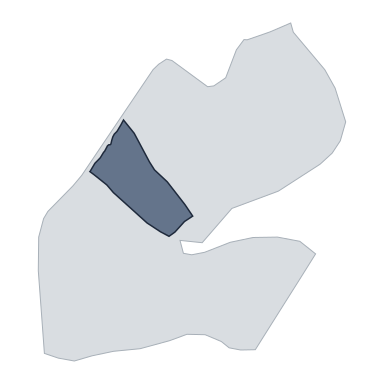 Balha, Tadjourah, Djibouti shown in context
{"feature_id": "41766387B97155389424645", "entity_name": "Balha", "entity_type": "district", "adm_level": 2, "iso_a3": "DJI", "parent_name": "Djibouti", "parent_adm1": "Tadjourah", "projection": "orthographic", "projection_center": [42.238, 11.898], "detail": "fine", "context": "in_parent", "style": "filled", "palette": "slate", "viewbox_px": 384, "rotation_deg": 0, "n_neighbors": 0, "source": "geoboundaries", "source_scale": "gbopen_adm2", "svg_char_len": 1230}
<svg xmlns="http://www.w3.org/2000/svg" viewBox="0 0 384 384"><path d="M315.6,253.9L299.5,279.6L278.8,312.4L255.3,349.7L240.6,350.0L229.1,347.8L221.3,341.5L205.1,334.7L186.9,334.3L169.5,340.7L140.1,348.7L113.5,351.3L92.1,355.8L74.3,361.0L58.3,358.1L44.4,353.4L41.5,313.8L38.3,270.8L38.7,237.1L43.6,218.6L47.9,211.4L73.0,185.8L81.7,175.4L110.3,133.0L134.8,96.7L153.1,69.6L158.7,64.2L166.5,59.1L171.9,60.5L207.6,86.7L213.8,85.9L225.7,77.8L236.4,49.8L244.0,39.6L247.2,39.8L270.0,31.9L290.7,23.0L293.3,32.2L324.8,69.7L335.1,88.1L345.7,121.9L340.3,140.8L332.2,153.1L320.2,164.1L278.4,191.1L231.9,208.4L202.2,242.7L180.0,240.4L183.4,253.3L191.7,254.8L204.6,252.3L230.2,242.3L253.0,237.5L277.5,237.1L299.8,241.3L315.6,253.9Z" fill="#d9dde1" stroke="#a8b0b8" stroke-width="1"/><path d="M123.5,120.0L120.9,124.9L117.0,131.4L114.3,134.1L112.8,136.9L112.2,138.9L111.7,140.5L110.9,144.0L110.2,144.7L108.7,144.8L107.5,145.8L104.6,151.3L103.6,152.3L100.4,157.6L99.8,158.3L94.9,163.3L90.1,171.4L89.9,171.6L93.5,174.3L106.8,184.9L113.4,192.6L147.1,223.0L160.5,231.8L169.0,236.3L174.9,232.1L184.5,221.5L192.7,216.1L185.0,204.7L167.3,181.9L154.5,169.9L149.5,162.0L134.2,133.3L123.5,120.0Z" fill="#64748b" stroke="#1e293b" stroke-width="1.5"/></svg>